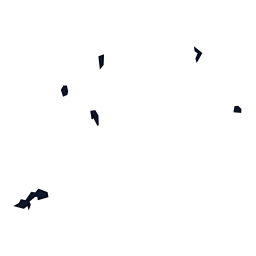 an SVG outline of Eastern
{"feature_id": "FJI-2618", "entity_name": "Eastern", "entity_type": "Division", "adm_level": 1, "iso_a3": "FJI", "parent_name": "Fiji", "parent_adm1": "", "projection": "equal_earth", "projection_center": [179.768, -18.91], "detail": "coarse", "context": "isolated", "style": "filled", "palette": "ink", "viewbox_px": 256, "rotation_deg": 0, "n_neighbors": 0, "source": "natural_earth", "source_scale": "10m", "svg_char_len": 685}
<svg xmlns="http://www.w3.org/2000/svg" viewBox="0 0 256 256"><path d="M38.6,189.5L46.9,192.7L47.6,196.6L38.4,199.3L38.0,196.0L34.9,196.1L28.5,201.5L30.0,204.6L28.8,208.0L27.9,204.7L23.7,208.0L15.4,205.8L19.4,203.6L21.3,200.0L25.8,201.0L31.6,192.6L35.6,193.3L38.6,189.5ZM97.7,115.8L98.0,125.4L93.1,115.8L92.3,119.0L91.1,111.5L94.9,111.0L97.7,115.8ZM103.2,55.4L102.9,64.7L100.4,67.7L99.2,56.8L103.2,55.4ZM63.9,86.3L66.3,86.3L67.4,91.4L66.7,94.3L63.5,95.7L61.7,89.9L63.9,86.3ZM237.9,106.6L240.6,109.3L240.5,112.1L234.3,111.6L235.2,106.8L237.9,106.6ZM194.9,48.0L201.4,53.2L196.9,61.1L196.2,58.7L198.5,53.0L195.3,50.8L194.9,48.0Z" fill="#0f172a" stroke="#020617" stroke-width="1.5"/></svg>